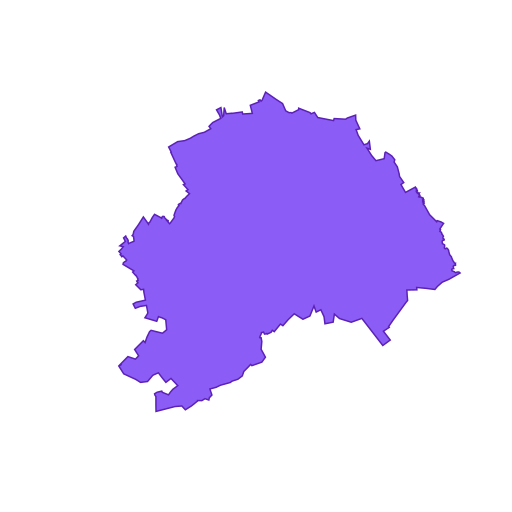 the district of Bojanala, North West, South Africa, rotated 147°
{"feature_id": "47623444B85240549790840", "entity_name": "Bojanala", "entity_type": "district", "adm_level": 2, "iso_a3": "ZAF", "parent_name": "South Africa", "parent_adm1": "North West", "projection": "albers", "projection_center": [27.064, -25.431], "detail": "fine", "context": "isolated", "style": "filled", "palette": "violet", "viewbox_px": 512, "rotation_deg": 147, "n_neighbors": 0, "source": "geoboundaries", "source_scale": "gbopen_adm2", "svg_char_len": 5852}
<svg xmlns="http://www.w3.org/2000/svg" viewBox="0 0 512 512"><g transform="rotate(147 256 256)"><path d="M431.0,238.5L431.1,229.2L427.4,223.3L424.1,218.1L421.7,212.9L415.3,209.8L407.7,212.1L406.8,212.1L401.5,211.2L401.0,204.7L400.4,199.1L394.0,199.6L392.2,189.9L398.4,189.5L401.8,188.5L405.0,187.2L408.8,192.7L408.6,194.0L413.1,195.6L416.1,195.7L416.5,194.6L416.5,192.6L421.3,185.2L424.5,180.1L406.0,173.9L399.9,170.6L399.0,165.5L391.7,165.4L383.9,166.2L383.7,166.6L380.2,164.2L376.5,164.1L374.0,160.9L372.4,162.5L368.7,163.4L367.1,169.6L361.0,167.6L356.2,167.0L346.4,163.9L344.3,164.1L338.3,162.5L332.8,162.9L329.1,165.8L323.1,167.1L319.6,168.0L319.2,166.3L308.9,163.8L303.2,166.0L302.5,175.0L297.7,181.1L296.2,184.7L297.2,185.2L297.2,185.8L297.0,186.0L293.2,188.4L293.1,188.8L291.1,188.1L291.4,185.9L290.0,185.2L289.1,185.1L289.1,184.4L284.9,183.8L282.8,184.8L281.9,182.6L272.6,185.6L271.4,182.9L263.7,185.1L255.4,186.7L251.1,177.4L243.5,176.3L234.6,182.5L236.1,176.2L230.9,175.6L232.0,168.0L235.1,161.6L227.3,158.5L221.9,164.6L220.0,158.0L212.2,148.6L201.2,146.0L198.4,111.9L189.2,112.4L190.1,123.5L183.1,123.6L183.2,124.6L175.9,127.6L155.4,135.4L153.1,136.1L150.7,140.6L148.0,145.3L139.5,140.0L138.4,142.1L131.3,136.5L124.2,130.5L120.3,131.7L114.0,132.6L107.0,131.4L94.1,130.6L94.3,131.6L95.0,132.4L95.8,132.8L96.6,133.1L97.3,133.2L97.7,133.3L98.0,133.9L98.2,134.8L98.8,135.5L99.0,136.0L99.6,136.6L99.7,136.8L99.2,137.7L99.3,137.9L98.9,138.3L98.1,138.2L97.0,137.7L96.9,138.0L96.8,138.8L96.3,139.6L96.2,140.0L95.2,140.2L94.0,139.6L93.6,139.6L93.4,139.9L93.5,140.4L93.4,140.5L92.6,141.3L93.3,141.8L93.4,142.2L93.3,143.3L93.4,143.9L93.4,144.8L92.8,148.3L92.6,148.6L92.7,150.6L92.9,151.5L91.9,154.7L91.5,155.5L91.3,156.1L91.4,156.9L91.3,157.2L91.6,158.6L92.1,159.0L92.5,159.0L92.7,158.8L93.1,158.8L93.7,159.6L93.7,160.0L93.5,160.4L93.1,160.9L92.3,161.6L91.8,162.6L92.9,164.9L92.7,165.2L92.5,165.8L92.1,166.7L91.4,167.1L91.1,167.5L90.9,167.5L90.4,167.1L90.0,166.9L89.4,167.0L89.2,167.3L89.1,168.0L89.5,168.7L89.4,169.4L89.1,169.7L88.6,170.3L88.2,170.3L88.0,170.7L88.1,171.4L88.0,172.0L88.2,173.1L88.2,173.4L87.8,173.7L87.7,175.0L87.8,175.6L88.1,175.8L88.4,176.5L87.5,177.1L87.4,177.6L86.9,177.6L86.8,177.8L87.0,178.6L80.9,181.2L82.3,183.9L84.8,187.0L85.8,186.3L87.9,196.0L87.2,206.4L87.5,208.3L86.8,208.5L87.2,208.8L87.1,209.0L86.5,208.8L86.3,209.0L86.4,209.3L86.0,209.3L85.8,209.6L85.7,209.9L85.8,210.1L86.4,210.2L86.7,210.6L86.3,210.9L86.1,211.0L86.2,211.4L85.9,211.9L85.8,211.6L85.9,211.1L85.4,211.5L85.1,211.2L85.0,211.8L84.8,211.7L84.7,211.8L85.1,212.1L85.1,212.5L84.9,212.7L84.8,212.3L84.7,212.3L84.7,212.6L84.3,213.3L84.3,213.6L84.4,213.8L85.0,214.3L85.1,214.9L85.5,215.2L85.7,215.7L85.9,215.7L86.1,216.1L86.9,216.4L87.1,216.7L86.8,216.7L86.8,217.2L86.4,217.1L86.4,217.5L86.0,217.6L85.8,217.3L85.7,217.4L85.7,217.5L86.0,217.8L85.9,217.9L85.5,217.9L85.7,218.9L85.4,219.0L85.4,219.4L85.2,219.6L84.8,219.8L85.4,220.0L85.7,220.3L86.0,220.3L86.1,220.5L85.6,220.4L85.5,220.6L85.7,220.9L86.0,220.9L86.1,221.1L86.1,221.7L86.3,221.7L86.4,221.4L86.5,221.8L86.0,222.2L86.0,222.6L85.9,222.8L86.0,223.0L85.9,223.2L85.5,223.2L85.4,223.0L85.1,222.8L85.0,223.1L85.2,223.3L84.9,224.1L85.3,224.0L85.0,224.3L85.2,224.8L84.9,225.1L84.8,225.5L85.1,226.2L84.8,226.2L84.9,226.6L84.8,227.0L96.0,227.9L95.5,237.0L92.1,237.1L92.3,244.5L91.2,246.9L88.9,253.8L89.0,259.6L87.2,261.1L87.6,265.8L88.7,268.6L90.6,272.5L91.5,272.4L95.5,267.8L103.5,270.6L104.3,277.4L104.2,286.0L102.0,283.2L98.4,290.6L101.3,289.5L104.9,290.5L104.6,301.6L103.2,307.5L99.7,306.1L98.3,315.6L95.7,319.9L104.3,322.0L106.3,321.9L115.6,328.7L117.2,327.3L128.8,338.5L128.8,344.6L132.4,345.3L132.6,346.8L139.7,356.7L140.5,355.5L148.1,356.3L148.5,357.2L150.2,358.2L152.0,361.6L150.7,369.4L154.0,376.8L158.7,388.2L166.1,383.3L167.4,383.1L167.6,384.8L169.3,385.1L169.5,383.6L178.7,385.5L181.4,377.6L189.8,382.3L189.1,384.3L198.5,388.7L198.5,388.9L203.5,391.5L201.8,397.8L206.7,391.3L208.4,391.0L204.6,399.6L209.5,400.1L209.8,394.2L210.6,390.6L219.5,391.5L222.4,390.9L224.8,390.3L224.6,387.4L232.0,387.9L237.5,389.8L242.8,390.4L246.9,390.5L253.0,391.6L259.4,394.6L269.9,395.0L270.5,389.3L271.0,389.3L272.1,381.8L272.8,376.7L272.8,376.3L272.6,376.3L272.6,375.8L272.9,375.8L273.5,374.1L275.5,374.5L276.8,367.6L276.2,355.1L278.0,355.4L276.9,348.7L279.2,348.6L277.8,344.5L281.9,343.7L284.3,342.9L284.7,343.2L287.1,343.0L290.6,340.9L290.8,341.4L292.5,341.5L293.3,341.2L293.1,340.2L295.6,339.5L298.3,338.1L302.6,334.8L302.8,333.5L304.0,332.6L310.3,330.2L310.9,330.1L311.4,333.8L310.6,333.2L310.4,333.5L311.2,334.9L311.8,338.0L311.8,338.6L311.5,338.9L311.5,339.1L312.0,339.6L312.9,340.1L313.2,340.0L313.5,339.8L313.8,339.7L314.2,339.3L314.4,339.0L314.6,339.0L314.6,339.4L318.4,346.2L321.9,344.8L326.6,342.2L327.6,342.2L328.9,341.2L328.9,343.8L329.2,350.1L337.7,346.2L345.0,343.3L347.3,341.0L348.8,340.5L348.1,339.1L350.1,334.9L351.3,335.0L355.5,335.8L356.1,335.8L355.8,337.2L354.9,338.3L354.7,339.0L354.5,340.4L354.8,341.6L354.4,343.7L357.2,343.3L357.6,339.4L364.7,338.7L362.3,336.1L364.9,335.2L368.5,334.5L368.0,331.3L369.2,331.1L368.9,329.6L369.1,328.6L368.5,328.4L367.6,328.6L366.6,323.1L367.2,323.1L367.8,322.5L369.4,322.7L371.0,322.5L372.1,321.4L366.5,310.0L368.2,309.7L367.6,305.5L367.2,305.2L367.4,304.3L367.2,303.8L367.5,302.0L367.3,301.6L367.6,300.9L368.2,300.4L368.2,299.6L368.5,299.6L369.1,299.9L369.7,300.0L369.8,299.2L369.6,297.8L372.5,297.4L371.0,290.4L368.4,289.3L369.7,286.8L372.8,279.2L381.7,282.5L385.2,282.7L385.7,277.9L380.6,276.8L374.8,274.2L377.6,267.4L378.4,266.7L382.8,264.7L374.8,255.3L370.8,258.3L369.1,255.9L368.7,255.7L366.4,251.7L371.1,242.8L376.5,242.2L384.5,250.8L386.5,250.5L391.6,247.4L396.2,243.8L396.6,246.3L408.7,243.7L408.8,236.2L413.3,235.2L418.2,241.4L428.1,239.2L428.3,238.3L429.4,238.3L429.4,238.9L431.0,238.5Z" fill="#8b5cf6" stroke="#5b21b6" stroke-width="1.5"/></g></svg>